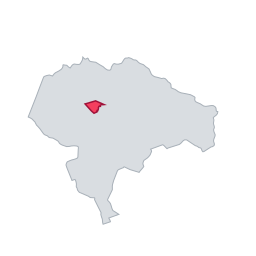 location of Awerial, Lakes, South Sudan, rotated 160°
{"feature_id": "79223893B81946287385268", "entity_name": "Awerial", "entity_type": "district", "adm_level": 2, "iso_a3": "SSD", "parent_name": "South Sudan", "parent_adm1": "Lakes", "projection": "natural_earth1", "projection_center": [31.08, 6.188], "detail": "fine", "context": "in_parent", "style": "filled", "palette": "rose", "viewbox_px": 256, "rotation_deg": 160, "n_neighbors": 0, "source": "geoboundaries", "source_scale": "gbopen_adm2", "svg_char_len": 3805}
<svg xmlns="http://www.w3.org/2000/svg" viewBox="0 0 256 256"><g transform="rotate(160 128 128)"><path d="M197.1,196.4L190.5,204.0L190.0,204.5L189.2,205.1L186.5,205.1L183.8,204.7L181.2,202.7L178.6,204.3L177.0,204.8L176.0,204.9L173.7,205.2L170.5,206.0L169.0,207.0L168.2,207.9L167.6,209.4L167.3,209.5L166.7,209.3L165.8,208.7L164.1,207.9L163.2,206.0L162.4,204.8L161.8,204.2L159.0,206.1L157.7,206.5L156.6,206.5L154.6,205.4L152.4,204.5L151.3,204.5L149.6,205.7L147.7,207.4L146.7,209.0L146.2,210.1L145.5,208.5L144.9,207.5L144.0,207.2L142.1,207.5L141.7,207.0L141.6,205.7L141.3,204.5L140.8,203.6L139.4,202.7L135.8,200.8L133.0,197.2L131.5,195.4L130.5,194.3L129.0,191.5L127.4,189.5L125.3,188.5L124.0,189.0L122.6,191.1L120.0,193.1L118.8,193.2L117.3,192.1L115.4,191.3L112.0,191.0L110.5,192.0L108.7,193.5L107.1,194.4L106.1,194.5L105.2,194.1L104.2,193.9L103.3,193.9L101.5,192.5L100.5,191.5L99.9,190.5L98.8,189.8L97.6,189.3L96.7,188.4L96.3,187.3L95.6,185.9L94.7,184.6L91.9,182.3L91.1,181.0L90.5,179.7L89.4,178.2L88.1,176.3L87.8,173.4L87.7,171.1L87.5,170.1L86.9,169.0L86.3,168.1L85.4,167.1L83.1,165.6L80.7,163.9L79.6,163.0L77.4,162.6L76.1,161.6L75.1,159.5L74.6,157.8L73.5,156.4L73.1,155.5L72.8,154.4L73.7,151.0L72.5,149.8L70.6,148.2L69.3,146.5L68.4,145.0L66.1,142.9L60.9,139.8L57.9,137.9L56.2,136.1L54.8,134.4L54.6,133.7L55.6,131.9L55.7,130.5L55.0,129.0L51.8,126.0L49.4,122.8L47.5,121.7L43.0,120.8L41.7,120.5L40.3,119.9L39.0,118.4L38.5,116.7L39.2,113.9L38.8,113.1L38.0,112.8L38.2,112.3L39.1,110.9L40.5,110.0L44.2,108.7L44.4,108.2L44.5,106.4L44.8,105.6L46.1,103.2L46.3,102.2L46.4,100.2L46.6,99.2L46.9,98.6L48.0,97.4L48.3,96.6L48.5,95.1L48.4,92.0L48.9,90.8L51.3,88.0L52.0,86.7L52.2,85.6L52.2,84.5L52.3,83.3L53.0,82.2L53.6,81.9L55.3,81.6L56.5,81.8L64.8,79.9L65.8,80.1L66.2,81.3L66.2,83.1L66.3,83.9L66.8,84.6L68.1,85.4L69.0,86.9L69.5,87.4L70.8,88.4L76.9,96.7L78.7,97.5L80.4,97.2L83.7,95.5L85.4,95.0L97.1,95.5L98.4,95.2L98.5,95.3L100.3,99.4L101.1,100.4L114.0,100.4L113.7,99.2L113.9,97.9L116.2,95.4L116.5,95.1L118.5,93.9L120.4,93.1L124.2,92.1L125.5,90.6L126.3,89.2L126.3,86.5L126.8,86.1L127.7,85.5L132.0,83.1L132.7,82.5L140.3,88.2L144.6,92.6L144.9,92.8L145.1,92.9L145.3,92.7L145.5,92.5L146.0,92.3L147.9,92.3L151.3,92.1L152.5,91.5L159.4,83.6L161.2,81.1L161.6,80.6L162.6,78.8L163.7,75.7L163.9,75.3L171.5,67.9L171.8,67.3L171.8,66.8L170.7,64.3L170.4,63.0L170.4,61.1L170.6,58.0L170.5,56.1L170.4,55.6L166.1,50.0L176.8,50.0L176.8,49.3L176.8,49.1L176.6,48.4L176.5,47.5L176.5,47.0L176.6,46.6L176.6,46.3L176.5,46.1L176.6,45.9L184.3,46.1L184.2,47.6L183.3,51.2L183.3,53.4L183.1,55.9L182.8,56.7L182.4,57.3L182.3,57.6L182.3,57.8L183.9,71.8L183.8,72.4L183.3,73.2L183.2,73.5L183.4,73.9L186.9,75.4L187.1,75.5L187.3,75.6L188.5,77.4L195.5,84.0L195.8,84.3L196.5,86.4L196.6,86.7L196.6,87.2L196.6,87.6L196.4,88.9L196.5,89.4L196.6,89.8L196.7,90.2L196.7,90.4L196.6,90.7L195.6,93.1L195.3,94.8L195.2,96.2L195.2,97.0L195.4,97.6L195.5,97.8L198.6,97.9L198.6,98.6L199.0,111.2L199.0,112.6L198.9,114.4L198.5,115.1L197.7,116.1L196.6,117.0L193.9,117.2L191.6,117.2L190.0,117.0L187.8,116.9L185.7,117.1L185.0,117.9L182.2,124.6L181.4,126.3L181.2,127.2L181.4,127.8L182.5,128.7L184.9,129.8L187.5,130.5L189.6,130.8L190.9,131.2L192.0,131.5L195.8,134.6L197.0,136.0L197.7,137.2L197.9,138.6L198.4,139.9L201.9,144.1L205.3,146.0L206.5,148.3L207.8,149.4L208.9,150.5L209.6,152.3L211.0,157.3L212.0,159.9L213.0,162.1L213.4,165.6L214.2,167.2L215.0,169.1L216.3,170.8L217.7,172.1L218.0,172.5L203.6,188.8L197.1,196.4Z" fill="#d9dde1" stroke="#a8b0b8" stroke-width="1"/><path d="M160.1,165.3L156.5,156.4L154.9,153.5L151.9,153.7L151.6,153.8L151.8,154.2L150.9,155.1L150.4,154.7L149.3,156.0L149.0,156.7L148.9,157.2L148.0,158.2L146.6,157.8L146.6,158.5L146.0,158.9L144.5,158.9L143.7,158.5L142.5,158.2L149.2,164.6L160.1,165.3Z" fill="#f43f5e" stroke="#9f1239" stroke-width="1.5"/></g></svg>